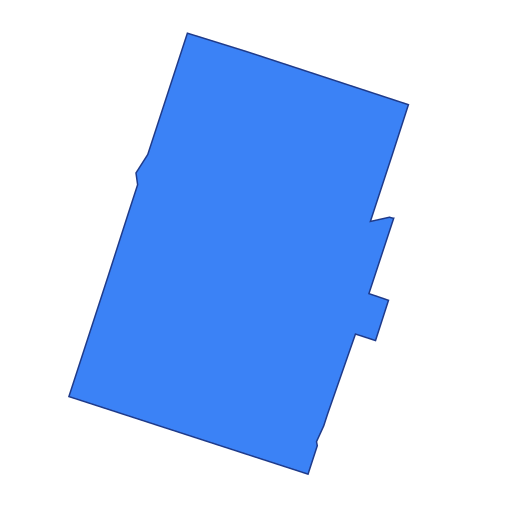 Dickinson, Kansas, United States of America (Mercator projection), rotated 18°
{"feature_id": "52423323B35646510903137", "entity_name": "Dickinson", "entity_type": "district", "adm_level": 2, "iso_a3": "USA", "parent_name": "United States of America", "parent_adm1": "Kansas", "projection": "mercator", "projection_center": [-97.074, 38.871], "detail": "fine", "context": "isolated", "style": "filled", "palette": "blue", "viewbox_px": 512, "rotation_deg": 18, "n_neighbors": 0, "source": "geoboundaries", "source_scale": "gbopen_adm2", "svg_char_len": 491}
<svg xmlns="http://www.w3.org/2000/svg" viewBox="0 0 512 512"><g transform="rotate(18 256 256)"><path d="M121.5,447.5L372.9,447.4L372.9,426.3L372.9,417.5L370.9,413.9L372.9,396.6L372.9,384.3L374.7,299.5L395.8,299.5L395.7,257.2L375.0,256.9L375.3,177.5L374.7,177.7L372.9,177.8L372.5,177.9L371.1,177.8L354.1,187.8L354.3,118.2L354.2,65.0L185.5,64.5L121.9,65.3L121.7,192.9L116.2,214.1L121.4,224.8L121.4,256.6L121.6,320.5L121.5,447.5Z" fill="#3b82f6" stroke="#1e3a8a" stroke-width="1.5"/></g></svg>